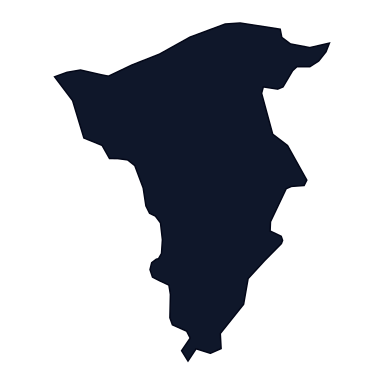 the district of Kupe-Manenguba, Sud-Ouest, Cameroon
{"feature_id": "32672807B45405319599490", "entity_name": "Kupe-Manenguba", "entity_type": "district", "adm_level": 2, "iso_a3": "CMR", "parent_name": "Cameroon", "parent_adm1": "Sud-Ouest", "projection": "mercator", "projection_center": [9.612, 5.042], "detail": "fine", "context": "isolated", "style": "filled", "palette": "ink", "viewbox_px": 384, "rotation_deg": 0, "n_neighbors": 0, "source": "geoboundaries", "source_scale": "gbopen_adm2", "svg_char_len": 977}
<svg xmlns="http://www.w3.org/2000/svg" viewBox="0 0 384 384"><path d="M309.9,66.7L318.7,61.0L326.0,51.8L329.4,43.1L309.8,47.6L290.4,43.9L281.8,37.4L280.2,29.2L240.2,23.0L225.2,24.0L190.0,37.1L159.5,54.1L132.1,64.9L108.6,76.1L106.5,75.8L101.0,74.7L80.5,70.0L67.0,72.3L54.6,76.8L72.6,100.6L83.9,138.0L102.1,145.4L109.5,158.5L117.8,158.6L127.6,159.9L134.8,165.6L143.2,188.0L145.9,205.9L149.6,213.3L155.4,216.1L160.5,222.9L162.4,239.8L161.5,253.5L158.5,258.7L156.3,259.2L151.7,262.7L150.0,269.6L152.5,277.1L160.3,281.1L168.9,285.1L170.4,294.4L169.9,317.8L172.4,324.8L186.7,331.2L190.2,338.1L181.6,350.7L188.0,361.0L196.1,348.8L210.4,353.3L221.1,348.6L220.3,333.5L243.6,304.3L248.1,278.6L264.6,260.6L281.4,243.6L282.6,240.4L281.2,236.3L270.1,231.0L270.5,221.7L286.2,188.7L291.5,186.4L304.1,185.5L306.8,180.1L287.5,145.5L272.7,134.2L265.5,107.7L261.6,93.3L263.3,86.9L277.7,89.1L283.0,86.9L292.6,70.7L296.9,66.7L309.9,66.7Z" fill="#0f172a" stroke="#020617" stroke-width="1.5"/></svg>